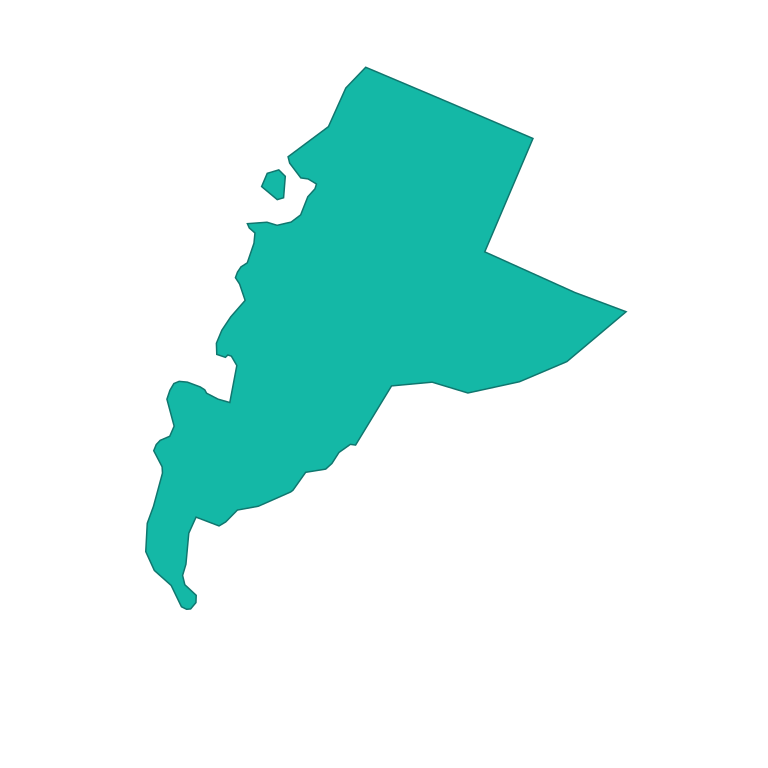 Kitsap, Washington, United States of America, rotated 203°
{"feature_id": "52423323B24057696547970", "entity_name": "Kitsap", "entity_type": "district", "adm_level": 2, "iso_a3": "USA", "parent_name": "United States of America", "parent_adm1": "Washington", "projection": "mercator", "projection_center": [-122.582, 47.672], "detail": "fine", "context": "isolated", "style": "filled", "palette": "teal", "viewbox_px": 768, "rotation_deg": 203, "n_neighbors": 0, "source": "geoboundaries", "source_scale": "gbopen_adm2", "svg_char_len": 1322}
<svg xmlns="http://www.w3.org/2000/svg" viewBox="0 0 768 768"><g transform="rotate(203 384 384)"><path d="M342.8,668.2L440.5,668.5L524.6,668.4L534.8,641.6L535.7,599.2L561.1,555.7L557.1,550.4L541.1,541.2L534.0,543.1L524.3,541.7L523.8,536.7L527.3,526.6L526.8,507.1L532.8,496.7L536.2,494.3L544.4,488.3L554.9,487.2L572.4,478.2L569.0,475.0L561.8,472.6L558.7,462.8L557.2,442.1L561.4,436.0L562.6,429.7L562.3,423.8L556.0,419.6L544.5,406.7L551.3,386.0L554.3,370.1L554.2,356.0L549.5,345.9L540.4,346.6L539.1,349.7L535.4,350.0L526.7,343.5L518.7,306.7L530.9,305.2L543.7,306.2L546.7,308.6L552.0,309.5L565.7,308.9L573.6,306.4L577.6,302.3L578.6,294.6L577.9,285.2L560.7,263.2L560.8,252.2L568.0,244.7L570.0,239.3L569.9,232.6L555.9,221.1L553.1,215.4L548.4,181.3L547.5,163.3L537.8,136.6L522.5,122.6L501.2,115.4L483.4,99.8L477.7,99.5L474.1,101.4L471.7,109.3L474.3,116.1L488.9,121.4L494.6,129.1L495.9,140.7L505.4,170.4L505.0,188.0L480.4,188.9L475.8,195.2L469.7,210.7L451.9,222.4L427.7,248.2L426.3,250.6L421.6,272.1L404.4,282.9L400.9,290.5L398.7,303.4L391.4,315.3L386.3,316.7L376.6,383.2L376.3,385.2L340.4,404.5L303.3,408.5L260.2,439.0L224.4,476.1L189.4,545.1L244.1,542.8L342.9,545.0L342.8,668.2ZM554.3,512.0L549.2,516.2L556.0,536.6L564.5,540.0L573.8,532.3L573.8,517.9L554.3,512.0Z" fill="#14b8a6" stroke="#0f766e" stroke-width="1.5"/></g></svg>